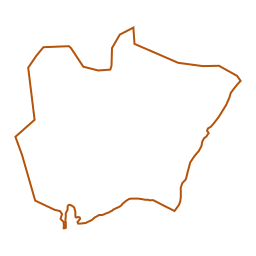 outline of Gwoza, Borno, Nigeria
{"feature_id": "59680162B2846194934808", "entity_name": "Gwoza", "entity_type": "district", "adm_level": 2, "iso_a3": "NGA", "parent_name": "Nigeria", "parent_adm1": "Borno", "projection": "equal_earth", "projection_center": [13.592, 11.15], "detail": "fine", "context": "isolated", "style": "outline", "palette": "amber", "viewbox_px": 256, "rotation_deg": 0, "n_neighbors": 0, "source": "geoboundaries", "source_scale": "gbopen_adm2", "svg_char_len": 1896}
<svg xmlns="http://www.w3.org/2000/svg" viewBox="0 0 256 256"><path d="M63.7,228.3L64.1,228.4L65.9,227.7L65.8,223.4L65.8,222.6L65.5,221.0L65.4,219.5L65.7,217.5L65.8,213.2L67.6,209.7L67.6,207.3L67.8,206.0L68.4,205.2L69.6,204.8L70.8,205.2L71.7,205.6L74.1,207.3L75.3,211.4L75.4,215.8L75.6,217.2L76.4,217.5L78.1,217.0L79.6,217.4L80.1,218.9L77.5,222.1L78.2,223.6L80.3,223.6L85.6,223.0L92.0,219.9L94.4,217.7L99.2,215.0L99.3,215.0L102.3,215.0L104.4,214.2L106.0,213.4L107.3,213.0L109.3,212.2L110.5,211.4L112.3,210.6L113.5,209.4L114.8,209.0L116.0,208.2L118.1,207.4L119.6,206.6L120.8,205.8L121.7,205.0L122.4,203.8L123.6,203.0L125.4,201.4L126.8,200.4L129.0,199.0L131.2,198.6L138.5,198.6L140.6,199.0L141.8,199.0L143.0,199.4L145.7,199.8L147.0,199.8L147.6,199.8L148.5,199.8L148.7,200.0L149.4,200.3L150.2,200.4L150.6,200.2L151.1,200.2L153.3,200.2L154.8,201.0L157.6,202.4L161.0,204.2L163.4,205.4L166.8,207.1L174.5,211.0L176.7,208.0L179.0,204.8L180.2,201.5L180.7,198.3L180.8,197.4L180.8,195.8L180.8,190.7L180.8,190.3L180.7,188.2L181.0,187.1L182.2,183.3L185.5,179.7L186.1,178.5L187.0,174.7L187.7,171.8L189.1,166.7L190.2,162.5L193.9,156.9L194.9,155.6L196.0,154.2L198.9,150.9L201.5,145.9L202.3,141.5L204.1,138.2L206.4,136.5L207.5,134.8L207.7,134.3L208.1,134.0L208.3,133.8L208.5,133.6L208.6,133.2L208.6,132.9L208.5,132.7L207.2,131.1L207.1,130.8L207.2,130.3L207.5,129.7L207.9,128.5L211.0,126.6L213.9,123.2L218.7,117.0L226.2,104.9L229.4,97.5L230.8,92.9L233.8,88.8L235.5,86.7L237.6,84.1L240.6,80.9L237.1,75.9L219.0,65.8L202.7,66.1L178.1,62.8L134.5,43.9L133.5,29.5L133.4,27.6L119.8,34.6L112.0,48.1L111.5,65.8L110.3,69.6L98.3,70.5L83.3,66.7L71.0,48.1L68.9,46.2L43.4,47.2L36.3,55.8L28.2,67.7L34.6,119.8L15.4,136.8L22.0,154.8L35.2,200.6L54.6,209.8L60.0,211.1L62.0,214.0L60.6,218.9L63.2,221.6L63.9,222.1L63.6,223.6L63.8,224.6L64.2,225.0L64.2,225.4L63.8,226.1L63.7,228.3Z" fill="none" stroke="#b45309" stroke-width="2"/></svg>